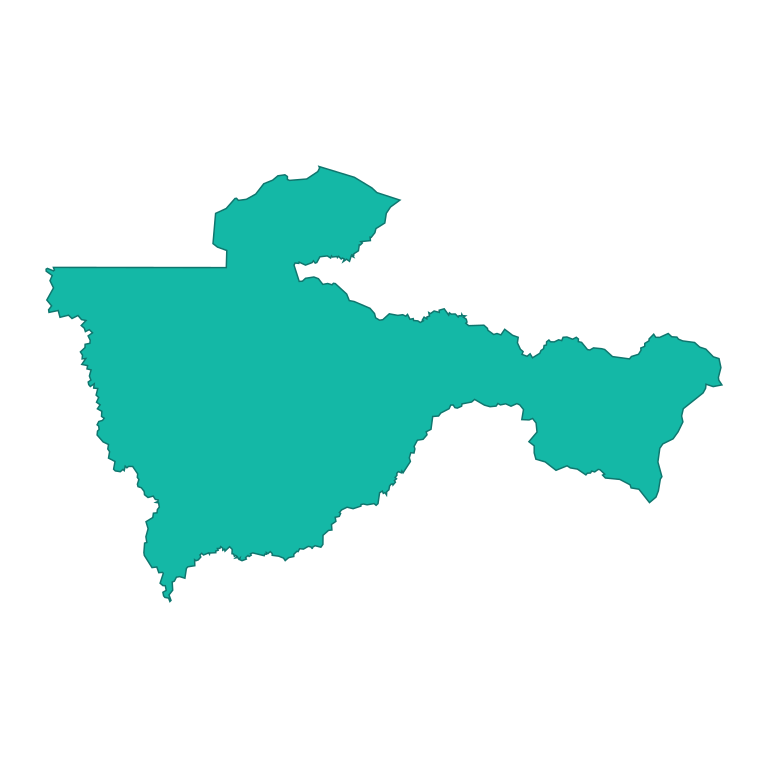 outline of Chiriguaná, Cesar, Colombia
{"feature_id": "7082276B64056915020692", "entity_name": "Chiriguaná", "entity_type": "district", "adm_level": 2, "iso_a3": "COL", "parent_name": "Colombia", "parent_adm1": "Cesar", "projection": "orthographic", "projection_center": [-73.541, 9.425], "detail": "fine", "context": "isolated", "style": "filled", "palette": "teal", "viewbox_px": 768, "rotation_deg": 0, "n_neighbors": 0, "source": "geoboundaries", "source_scale": "gbopen_adm2", "svg_char_len": 6075}
<svg xmlns="http://www.w3.org/2000/svg" viewBox="0 0 768 768"><path d="M46.8,300.0L51.6,305.9L48.6,309.8L49.0,312.4L58.2,310.5L60.0,317.3L68.5,315.2L72.0,318.5L78.0,315.5L81.5,319.6L86.0,320.5L81.2,325.5L84.3,328.2L85.4,331.6L89.3,329.6L92.5,332.8L88.1,335.9L90.2,340.2L89.9,343.3L85.1,344.3L85.0,347.6L80.4,351.9L82.5,355.1L82.1,358.9L85.8,358.5L81.8,364.4L87.6,365.6L87.0,368.9L91.1,369.9L89.4,376.0L90.9,380.1L88.2,382.0L88.7,384.6L90.3,386.5L94.2,383.8L93.7,388.1L97.8,388.5L96.1,395.1L98.7,397.5L96.5,402.2L100.1,404.8L97.4,408.8L101.8,411.3L101.5,416.4L104.2,418.2L102.5,420.4L98.8,421.5L97.1,424.8L98.7,426.1L99.1,429.5L97.5,431.1L97.1,435.0L103.1,441.9L108.5,444.5L107.8,449.0L109.6,451.7L108.5,458.1L115.0,461.5L113.6,469.2L115.3,470.9L120.3,471.7L123.0,469.4L124.2,470.6L125.2,466.2L126.9,467.8L128.6,466.4L132.7,466.5L137.7,473.9L137.3,477.4L138.9,479.4L137.4,484.2L138.0,486.6L141.4,487.8L144.2,491.5L144.5,494.7L148.0,497.5L153.2,496.1L155.3,499.4L158.1,499.9L158.1,501.3L155.8,502.4L158.6,502.9L159.3,507.1L157.4,509.5L157.0,512.8L153.4,513.2L152.8,517.5L146.0,521.7L148.1,528.7L145.9,536.7L146.8,542.5L144.6,543.1L143.9,552.6L144.3,555.4L152.0,567.6L156.8,567.0L158.8,572.7L162.5,572.4L163.3,573.4L160.1,583.2L162.9,585.6L165.3,585.7L166.2,590.4L162.9,592.3L163.6,595.8L164.9,597.4L168.6,598.1L169.9,601.5L171.0,600.4L169.0,594.9L172.7,590.2L172.2,582.1L174.4,581.1L176.4,577.2L179.6,576.6L184.9,578.2L186.4,568.4L187.9,566.8L194.8,565.7L194.6,559.7L196.0,560.7L198.3,559.9L200.8,557.0L199.9,555.0L201.7,553.3L203.5,555.0L208.6,552.9L209.5,554.2L209.7,553.0L215.8,552.7L215.7,551.1L218.2,550.2L217.4,548.5L219.9,548.4L220.7,546.6L222.8,548.3L222.8,550.2L224.6,549.2L225.0,551.1L229.6,546.7L232.2,549.4L232.0,553.7L233.7,554.1L234.4,556.3L235.7,555.4L237.1,556.5L235.6,557.9L237.6,557.5L238.9,559.2L240.0,558.1L239.6,559.6L242.0,560.7L246.3,559.1L245.6,557.6L248.0,555.5L249.1,556.5L251.2,555.2L250.5,553.8L252.7,552.9L264.2,555.7L264.7,554.2L266.3,554.2L266.3,552.5L267.8,553.7L270.3,551.6L272.2,553.5L272.2,555.3L278.8,556.2L283.5,558.1L285.2,560.6L288.7,557.6L293.8,556.5L293.8,554.3L296.9,551.3L298.1,551.6L299.6,548.7L303.5,549.1L308.2,546.4L310.7,546.8L312.5,548.8L312.2,547.6L315.0,545.7L320.9,547.2L322.9,544.4L323.0,535.3L328.5,530.4L331.9,530.0L331.5,524.4L335.9,521.4L335.2,517.3L339.3,516.4L340.6,513.4L339.4,512.5L341.6,509.9L347.1,507.2L353.1,508.7L360.9,506.1L361.0,504.5L363.4,504.0L367.1,504.8L374.1,503.6L376.1,505.3L378.0,503.6L379.6,492.7L382.4,491.1L383.3,493.4L385.0,492.6L386.5,494.9L386.7,491.7L388.9,489.8L389.6,485.9L391.1,484.2L392.8,484.0L393.0,485.0L395.4,482.2L394.4,480.5L396.5,478.8L395.1,477.5L397.0,475.2L396.7,473.4L398.4,471.6L401.3,472.8L401.9,471.0L403.0,472.9L410.4,461.5L409.3,457.8L410.8,452.7L414.0,453.0L414.9,448.9L414.1,446.4L417.4,440.2L423.1,439.3L427.0,434.8L426.2,431.8L431.0,429.3L432.7,416.5L438.6,416.0L440.8,413.0L449.1,408.7L450.7,405.1L453.2,405.0L454.9,407.6L457.3,408.1L461.6,406.2L462.0,403.9L471.6,402.0L474.6,399.4L484.4,405.1L490.0,406.7L496.1,406.1L497.9,403.5L500.4,404.9L505.7,403.8L511.0,406.2L516.9,403.6L519.8,404.9L523.5,409.5L521.8,419.6L529.1,419.9L532.6,418.5L536.1,423.0L537.0,432.1L528.9,441.7L534.2,445.8L534.2,452.9L535.9,459.2L545.2,461.9L556.0,470.3L567.1,465.8L570.3,467.9L577.4,469.1L585.9,474.9L587.3,473.2L590.5,473.0L591.7,471.1L594.7,471.9L598.2,469.4L600.0,469.7L604.6,474.1L602.6,475.1L605.4,478.0L619.8,479.4L630.1,484.8L631.1,487.9L638.9,489.2L649.5,502.6L656.0,497.1L658.4,490.8L660.3,479.2L661.9,476.7L657.9,462.0L659.8,448.3L662.8,443.9L673.1,438.8L678.1,431.8L682.9,421.9L681.6,416.0L683.3,408.7L703.1,392.9L705.6,388.3L706.0,384.2L713.2,386.6L721.9,384.9L718.8,380.2L718.4,377.4L720.9,367.6L719.0,358.6L713.3,356.8L705.8,349.1L699.7,347.1L694.6,342.5L682.7,340.9L678.5,339.2L676.9,337.1L671.8,336.8L668.2,333.5L659.7,337.4L655.7,337.3L653.7,334.2L649.1,338.9L649.0,340.8L644.8,343.4L644.7,346.4L640.8,348.0L641.0,350.3L638.5,354.3L631.4,356.5L629.5,358.9L612.5,356.6L604.7,349.5L601.6,348.7L593.5,347.9L589.9,350.0L587.5,349.6L581.6,342.4L578.3,341.6L578.4,339.0L576.3,337.3L572.6,339.2L566.9,337.0L563.1,337.3L561.7,340.6L558.6,339.8L554.3,341.9L550.5,341.8L548.9,340.0L546.6,341.8L546.4,345.0L544.1,345.5L543.6,348.7L541.0,350.5L539.8,353.3L532.5,357.8L530.1,353.8L527.1,356.3L522.0,354.4L523.1,351.6L520.4,349.3L517.4,342.8L518.2,337.3L512.6,335.3L504.7,329.3L500.9,334.9L497.0,333.5L493.7,334.5L487.9,330.3L487.4,328.3L483.9,325.2L468.7,325.7L465.8,323.2L467.0,322.1L466.2,319.1L463.4,317.2L465.4,315.9L462.4,315.6L461.8,314.3L461.5,315.9L459.0,315.7L458.2,317.0L455.3,314.0L451.2,314.1L449.4,312.8L448.7,315.1L444.2,308.8L439.2,310.2L439.3,312.4L434.1,311.0L430.5,313.6L428.8,312.6L429.5,316.0L426.9,317.0L426.8,318.8L424.1,317.1L422.3,320.1L423.3,320.8L420.2,322.5L417.9,320.9L413.6,320.5L413.2,318.6L410.0,319.3L407.5,314.4L405.8,316.2L402.7,314.7L397.8,315.4L389.3,313.8L382.8,319.7L379.6,320.2L375.6,317.8L374.5,313.5L370.0,308.3L354.1,301.5L349.3,300.6L346.7,294.1L335.3,283.6L333.4,283.3L332.0,284.8L327.7,283.5L322.8,284.4L318.4,278.7L313.9,277.0L305.5,278.3L302.4,281.2L299.2,281.4L294.0,265.1L295.1,263.0L298.8,263.4L299.1,262.1L305.5,265.1L312.1,262.6L313.4,260.8L315.2,263.1L316.8,262.5L319.9,256.8L327.3,255.9L330.6,258.0L331.5,255.9L332.4,257.0L337.0,256.5L337.4,257.6L338.6,256.3L341.2,259.0L342.3,258.1L344.3,259.0L343.2,261.6L346.6,259.2L349.5,261.3L351.2,256.0L353.5,257.0L352.3,255.0L353.7,255.4L353.8,253.8L358.4,250.8L359.3,244.8L360.3,245.0L362.3,243.0L360.8,241.6L370.4,240.6L370.1,237.2L371.2,237.4L374.9,232.7L375.9,228.6L384.8,223.0L386.3,213.3L390.5,207.0L399.9,200.1L376.9,192.6L371.9,187.9L354.4,177.3L319.0,166.5L319.6,168.0L317.8,171.6L306.7,179.0L289.5,180.4L287.4,179.5L287.4,176.5L284.9,174.8L277.9,175.8L272.6,180.2L263.8,183.7L255.7,194.1L246.4,199.3L238.4,200.4L236.5,198.3L235.0,198.5L226.2,208.5L215.6,213.4L213.0,243.6L217.5,247.1L226.8,250.5L226.3,267.6L53.4,267.4L54.4,270.1L53.5,270.9L47.4,268.4L46.1,269.2L46.2,271.2L52.2,275.5L50.0,280.7L53.5,287.9L46.8,300.0Z" fill="#14b8a6" stroke="#0f766e" stroke-width="1.5"/></svg>